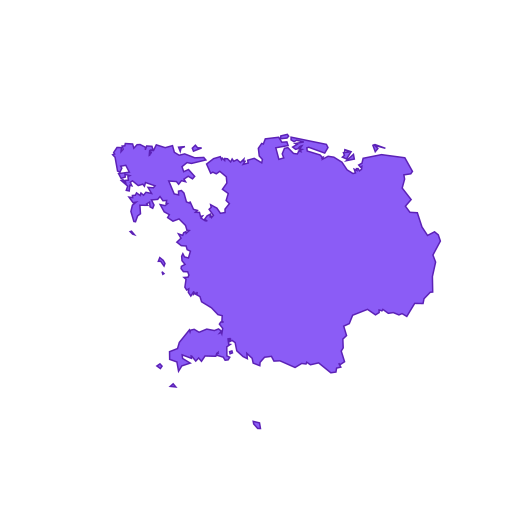 Antsiranana II, Diana, Madagascar (Mercator projection), rotated 297°
{"feature_id": "10022922B22775533170221", "entity_name": "Antsiranana II", "entity_type": "district", "adm_level": 2, "iso_a3": "MDG", "parent_name": "Madagascar", "parent_adm1": "Diana", "projection": "mercator", "projection_center": [49.235, -12.498], "detail": "fine", "context": "isolated", "style": "filled", "palette": "violet", "viewbox_px": 512, "rotation_deg": 297, "n_neighbors": 0, "source": "geoboundaries", "source_scale": "gbopen_adm2", "svg_char_len": 6164}
<svg xmlns="http://www.w3.org/2000/svg" viewBox="0 0 512 512"><g transform="rotate(297 256 256)"><path d="M274.6,172.4L273.1,173.3L272.6,169.5L279.4,163.2L280.5,159.8L278.6,157.5L275.3,159.3L274.2,154.9L283.2,144.2L286.2,151.3L284.8,154.5L289.3,155.4L290.2,159.5L291.8,156.9L296.3,159.4L295.9,164.4L299.1,165.2L302.4,156.6L298.3,153.3L302.0,149.5L307.9,152.1L309.2,156.5L318.8,167.7L320.1,164.7L315.7,156.9L314.6,146.1L310.9,141.8L311.3,136.2L316.4,131.5L311.3,125.9L309.8,116.7L303.4,116.8L302.1,113.8L300.1,114.6L301.1,116.2L300.1,115.2L299.4,115.7L298.7,115.3L297.6,115.5L297.2,115.2L301.6,113.4L302.8,114.1L303.7,116.2L306.5,113.5L304.4,108.6L300.3,109.2L302.7,108.2L302.7,102.1L301.2,99.5L296.6,98.2L299.8,95.2L296.9,88.5L294.6,89.1L293.2,86.8L290.8,89.2L287.7,88.4L291.5,86.8L289.6,82.9L283.6,82.2L282.7,83.7L281.2,82.3L280.0,85.6L268.8,94.1L268.9,96.7L273.3,96.6L274.6,94.7L277.7,98.8L273.2,105.1L267.0,96.2L263.9,100.6L267.0,103.7L269.2,102.2L270.3,107.0L268.7,105.8L265.6,107.9L264.0,105.1L262.0,106.7L263.6,102.8L262.1,101.5L260.0,110.0L255.6,110.6L256.4,113.5L261.8,111.5L262.2,113.5L264.6,110.5L266.9,111.8L265.3,119.1L268.6,122.5L267.5,124.9L271.3,124.2L272.7,134.2L270.2,133.6L268.1,128.6L264.3,134.6L262.8,129.0L259.1,128.2L259.9,124.9L257.3,125.3L258.0,120.9L255.4,120.9L253.8,118.4L252.0,119.6L250.8,116.1L247.7,122.2L249.5,124.7L245.2,122.8L238.9,124.3L231.3,131.5L231.8,133.1L238.0,132.3L241.2,133.9L248.5,129.5L252.0,136.5L252.8,134.9L255.7,136.7L251.7,139.3L251.6,142.3L255.1,142.0L258.5,137.4L261.8,142.7L265.4,143.5L263.0,148.0L264.9,151.2L262.1,152.0L262.6,153.4L259.6,152.1L258.3,147.3L253.7,154.1L253.5,160.0L250.1,159.8L249.3,166.2L254.1,170.6L251.2,179.4L247.6,182.8L248.4,185.0L244.5,183.5L245.9,182.5L243.9,181.0L241.1,181.3L240.5,176.9L237.8,181.1L232.4,179.2L231.3,184.7L233.2,189.2L230.4,191.8L230.5,195.4L223.6,196.7L222.7,192.7L224.8,189.8L222.0,189.9L218.2,192.2L216.3,196.6L212.9,194.2L210.7,195.0L209.1,198.4L210.9,202.3L208.5,204.9L206.2,205.0L204.2,201.6L203.5,204.2L195.9,206.8L194.2,209.7L196.2,211.0L192.9,212.2L190.7,216.1L196.3,216.7L193.6,217.8L195.2,218.4L195.6,220.3L197.3,219.9L195.4,220.6L194.6,218.4L194.4,224.5L190.5,228.3L189.6,239.9L186.5,248.7L187.5,253.0L182.2,255.3L182.3,257.2L181.2,254.6L178.7,254.3L176.4,259.2L171.1,260.9L172.3,259.5L170.9,258.8L170.7,258.6L173.4,259.2L174.0,255.7L170.7,252.8L168.5,245.3L162.2,239.9L162.6,234.2L159.9,231.0L159.5,231.5L158.4,231.7L159.9,230.2L144.2,226.9L137.9,228.1L131.5,222.4L124.7,226.0L125.7,233.6L118.2,239.3L124.4,239.8L130.7,246.0L131.4,237.1L134.4,235.1L135.5,244.9L137.5,243.6L137.6,244.3L135.0,250.0L139.1,251.2L137.4,255.2L143.8,256.0L148.4,265.7L151.4,265.3L152.0,265.5L152.2,266.2L152.5,265.9L152.8,266.0L152.1,266.3L151.2,265.4L149.8,266.2L151.0,272.8L149.1,275.8L150.8,278.3L153.9,278.6L153.8,275.4L161.8,271.2L165.5,273.2L165.0,271.7L170.0,268.3L168.7,270.1L170.1,269.7L170.7,270.3L170.5,271.0L167.7,271.4L169.9,273.0L169.4,276.7L162.8,281.9L160.5,290.1L160.6,294.9L165.1,292.0L163.1,299.0L159.3,302.1L160.0,309.2L163.1,307.9L169.7,309.6L173.6,315.3L170.5,319.7L173.5,324.9L174.4,341.4L181.0,345.5L182.5,349.6L184.4,349.4L183.8,353.9L189.2,360.3L185.9,375.7L188.9,379.9L192.7,378.7L195.5,382.0L198.0,378.4L197.4,380.3L202.0,382.9L210.0,375.1L213.7,375.4L221.4,371.1L226.2,372.8L233.3,366.0L238.1,369.8L247.1,369.0L259.1,379.6L257.8,389.2L261.5,391.4L263.8,390.2L264.3,393.1L266.0,393.3L265.0,399.9L267.9,404.0L268.4,410.1L271.0,412.3L270.6,417.8L285.8,418.9L289.5,426.4L294.2,425.1L302.8,427.7L304.1,429.8L317.8,422.5L332.1,418.8L337.2,413.2L353.0,413.5L357.6,408.8L358.6,404.1L352.2,399.5L357.2,390.7L367.8,380.1L364.8,373.3L368.2,366.5L376.7,368.6L382.9,355.4L392.0,353.5L395.4,350.9L399.5,356.6L402.4,357.0L411.1,344.0L403.3,321.8L391.7,307.1L386.8,308.3L383.7,306.2L382.6,308.9L383.9,309.6L381.2,310.7L378.8,309.5L380.2,307.3L379.5,305.9L378.0,307.1L377.9,304.1L375.2,306.9L373.5,305.0L374.1,298.1L378.6,290.0L379.4,280.5L377.6,275.0L372.4,271.3L374.2,271.0L372.4,270.1L374.0,270.4L375.1,267.2L372.8,254.0L375.4,252.2L376.8,253.5L378.9,270.5L385.3,270.9L387.4,268.0L377.8,233.3L375.4,234.5L375.1,238.0L377.5,239.5L379.3,246.8L374.1,240.0L374.2,242.0L369.7,239.2L369.0,242.9L370.7,244.7L373.2,245.3L374.5,246.2L375.1,246.9L371.0,246.3L371.8,248.6L369.4,246.8L369.7,248.2L369.4,248.6L369.1,246.6L365.7,246.5L364.4,242.9L367.0,235.2L364.9,232.5L358.9,233.0L356.0,236.2L352.5,232.5L361.4,224.5L369.0,234.5L371.7,231.7L369.1,227.4L372.1,222.3L364.6,211.1L359.1,211.7L358.9,210.0L353.0,209.2L346.6,213.5L344.9,217.9L341.6,218.8L342.2,210.1L337.6,205.1L335.3,206.8L331.8,203.0L335.5,203.3L334.9,201.7L336.8,201.2L332.2,199.6L333.3,195.4L330.3,193.2L331.6,190.7L328.3,190.7L329.7,186.5L328.7,183.9L326.9,184.7L327.9,181.5L326.3,181.5L328.3,179.1L323.5,174.0L315.5,170.2L309.1,178.1L311.1,179.5L311.2,183.3L315.0,185.3L313.1,193.6L307.8,196.9L300.2,195.8L299.1,202.9L291.9,204.2L290.6,208.5L283.7,207.1L280.7,208.7L277.9,204.9L280.9,199.4L281.1,192.3L279.0,194.0L276.3,193.0L272.9,199.6L270.1,198.9L271.7,197.3L269.4,197.7L272.4,196.2L269.6,194.2L265.3,193.5L265.1,196.7L264.3,194.7L264.8,189.8L267.4,190.2L266.0,188.6L269.2,185.8L267.4,182.2L270.0,183.1L269.2,179.1L274.6,172.4ZM391.1,286.9L389.1,287.6L390.5,287.3L391.3,288.3L390.4,291.0L387.8,287.0L385.8,289.1L383.3,288.1L383.6,292.6L392.1,293.4L391.1,286.9ZM108.9,334.9L107.4,328.6L105.3,330.2L103.1,335.8L104.3,338.3L108.9,334.9ZM390.8,296.7L382.0,293.3L387.0,299.6L390.8,296.7ZM409.3,311.4L407.6,310.0L403.1,314.9L407.1,315.8L408.5,311.7L410.7,322.4L409.3,311.4ZM210.9,171.0L206.9,171.4L208.0,173.5L205.3,178.6L208.0,178.3L210.0,175.3L210.9,171.0ZM374.3,223.6L371.6,224.6L375.2,230.1L377.6,230.7L378.6,228.7L374.3,223.6ZM323.1,150.3L321.0,152.7L327.6,158.5L325.9,154.8L327.2,151.7L323.1,150.3ZM113.0,217.6L112.3,221.9L115.2,222.3L116.3,219.4L113.0,217.6ZM321.2,143.0L317.8,137.6L314.8,141.0L318.2,140.2L321.2,143.0ZM104.5,240.2L100.9,238.8L102.9,244.0L104.5,240.2ZM158.8,275.9L157.1,277.3L159.0,279.0L160.5,277.6L158.8,275.9ZM220.6,132.8L219.5,136.1L219.8,138.0L221.6,133.8L220.6,132.8ZM198.5,182.0L199.3,179.4L197.4,181.3L198.5,182.0Z" fill="#8b5cf6" stroke="#5b21b6" stroke-width="1.5"/></g></svg>